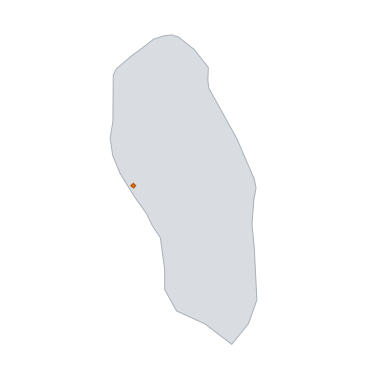 46, Ad Dawhah, Qatar (highlighted), rotated 161°
{"feature_id": "91078587B47528801235686", "entity_name": "46", "entity_type": "district", "adm_level": 2, "iso_a3": "QAT", "parent_name": "Qatar", "parent_adm1": "Ad Dawhah", "projection": "equal_earth", "projection_center": [51.544, 25.231], "detail": "fine", "context": "in_parent", "style": "filled", "palette": "amber", "viewbox_px": 384, "rotation_deg": 161, "n_neighbors": 0, "source": "geoboundaries", "source_scale": "gbopen_adm2", "svg_char_len": 708}
<svg xmlns="http://www.w3.org/2000/svg" viewBox="0 0 384 384"><g transform="rotate(161 192 192)"><path d="M204.6,340.5L191.3,344.6L178.7,349.0L168.3,348.9L159.9,347.1L154.3,342.9L143.6,326.2L136.0,304.5L140.7,292.3L142.3,284.8L132.2,227.6L128.9,183.8L130.2,174.8L136.1,164.4L145.9,141.6L151.1,119.6L165.8,68.9L181.3,49.3L204.0,35.0L222.7,63.0L245.3,84.5L249.6,108.4L243.0,127.9L236.8,159.0L240.5,173.3L241.9,185.6L248.0,206.4L254.0,233.4L255.1,252.3L251.8,269.7L243.9,284.3L228.3,328.4L223.6,333.0L204.6,340.5Z" fill="#d9dde1" stroke="#a8b0b8" stroke-width="1"/><path d="M245.8,215.0L243.4,216.5L244.4,218.0L244.6,219.0L247.5,217.8L245.8,215.0Z" fill="#f59e0b" stroke="#b45309" stroke-width="1.5"/></g></svg>